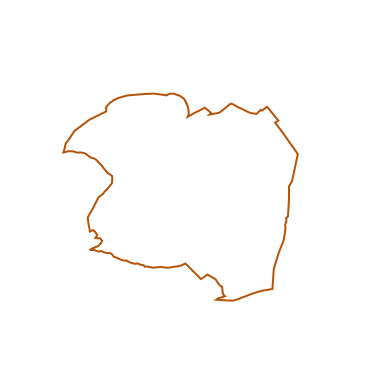 the district of Aquila, Veracruz, Mexico, rotated 46°
{"feature_id": "50627088B95158352021258", "entity_name": "Aquila", "entity_type": "district", "adm_level": 2, "iso_a3": "MEX", "parent_name": "Mexico", "parent_adm1": "Veracruz", "projection": "robinson", "projection_center": [-97.327, 18.788], "detail": "fine", "context": "isolated", "style": "outline", "palette": "amber", "viewbox_px": 384, "rotation_deg": 46, "n_neighbors": 0, "source": "geoboundaries", "source_scale": "gbopen_adm2", "svg_char_len": 3554}
<svg xmlns="http://www.w3.org/2000/svg" viewBox="0 0 384 384"><g transform="rotate(46 192 192)"><path d="M180.7,85.4L180.6,91.3L180.6,91.5L179.7,92.1L178.7,92.9L176.7,94.4L175.9,95.0L173.8,95.9L171.5,96.8L169.8,97.4L167.6,98.1L163.0,99.9L160.3,100.7L157.4,101.6L155.8,102.3L155.0,104.2L155.0,105.5L154.8,108.3L154.8,108.8L154.4,113.4L154.2,116.0L153.5,117.7L153.1,118.7L151.3,121.4L148.5,125.6L148.5,124.9L148.7,124.2L148.8,123.4L146.3,123.5L143.1,123.9L140.2,124.4L138.5,130.5L138.3,130.9L137.1,134.4L134.9,142.9L133.7,140.3L129.6,136.8L129.5,136.7L126.0,135.0L120.9,133.3L120.1,133.0L114.9,133.7L108.0,137.2L105.6,140.3L104.7,143.3L102.1,145.2L94.7,151.1L88.3,158.3L85.9,161.3L81.8,166.3L77.6,171.5L73.6,178.9L71.5,184.6L71.4,185.5L70.8,190.0L71.4,195.4L72.9,196.0L74.4,197.8L71.1,208.3L68.8,215.4L68.7,215.7L68.2,219.9L67.8,223.4L67.3,227.3L66.8,230.8L66.4,233.9L66.7,235.3L67.7,239.9L68.6,244.2L69.0,246.0L69.2,247.5L69.4,249.1L71.0,251.6L71.3,252.0L74.3,257.0L75.7,254.6L76.5,252.9L77.8,251.6L78.2,251.2L79.0,250.3L79.9,249.6L80.5,249.2L81.3,248.5L82.3,248.3L83.8,247.2L85.0,246.1L85.9,244.9L86.4,244.5L89.0,242.6L91.0,241.8L93.8,241.4L96.9,240.9L99.6,239.3L101.1,238.7L103.1,238.5L105.7,238.6L108.0,238.6L109.6,238.5L110.6,238.6L111.1,238.7L113.3,239.0L115.8,239.2L117.9,239.4L119.8,239.5L122.2,238.8L124.7,238.4L125.1,238.4L126.9,240.0L127.6,240.6L128.6,241.9L129.7,243.1L130.0,243.4L130.5,246.7L130.8,249.1L131.0,250.5L131.1,252.3L131.0,254.8L131.6,257.4L131.1,259.8L131.1,263.5L131.1,263.8L133.4,270.3L134.7,273.8L136.9,281.4L137.9,284.6L139.7,286.2L141.6,287.4L142.7,288.3L144.5,289.6L145.2,290.0L147.1,291.1L149.5,292.9L150.7,289.5L153.1,289.4L157.0,289.9L157.2,290.6L158.0,293.4L158.5,293.0L160.8,291.0L161.5,290.2L164.7,290.6L165.2,292.2L165.4,292.6L165.5,293.3L165.6,294.6L165.7,295.7L165.6,297.6L164.3,300.4L163.4,303.0L163.2,303.5L162.8,305.2L163.1,305.2L164.3,304.2L165.7,302.8L165.9,302.5L166.4,302.2L168.4,301.4L169.6,300.8L170.2,300.3L170.5,299.8L170.9,299.0L171.6,298.1L172.3,298.0L174.3,297.3L175.4,296.6L178.1,294.3L178.9,293.7L179.2,293.4L179.5,293.2L180.3,293.0L180.5,292.9L181.7,292.8L182.9,293.1L183.0,293.1L183.3,293.1L183.7,293.2L184.5,293.2L187.2,291.6L188.4,291.4L191.9,289.9L192.8,289.5L193.9,288.7L195.7,286.8L196.5,286.4L197.3,286.4L197.7,286.2L198.6,285.9L200.4,285.0L201.4,284.6L202.8,283.7L204.0,283.0L205.0,281.4L205.7,280.7L208.6,279.5L211.1,277.7L212.9,277.9L214.3,276.2L216.8,274.4L218.7,273.1L220.7,271.0L222.1,269.2L224.5,266.2L227.4,264.0L228.6,263.1L230.2,261.3L231.1,260.3L232.3,258.1L234.6,255.2L235.0,254.8L237.1,251.3L238.9,246.4L244.3,246.3L246.4,246.3L248.5,246.3L250.7,246.2L253.9,246.2L260.8,246.1L262.2,238.2L262.7,238.1L269.9,236.0L270.7,235.8L271.2,235.7L275.2,236.5L277.9,236.9L279.0,236.7L281.1,236.2L283.4,238.0L283.5,238.1L284.2,238.6L286.6,240.5L288.7,240.8L289.9,240.7L288.6,243.4L286.8,246.8L286.3,249.3L292.0,244.3L295.6,240.9L296.5,240.1L298.7,237.9L301.3,232.9L302.6,229.5L305.5,222.9L306.5,220.4L307.7,218.0L309.2,214.7L309.6,214.0L310.9,211.7L311.9,209.8L312.8,208.5L314.6,206.1L317.6,201.5L304.9,187.4L303.9,186.3L297.4,174.4L296.3,172.5L293.4,166.1L293.0,165.3L290.6,159.9L288.5,157.1L287.6,155.9L285.2,152.7L283.4,150.4L282.8,149.7L280.8,148.3L280.2,147.5L279.5,146.6L279.4,145.9L279.3,145.4L277.6,143.3L276.6,142.7L276.2,142.6L276.2,140.0L275.7,139.4L275.1,138.7L268.0,130.9L264.3,127.0L259.6,122.4L255.5,118.6L253.5,112.2L247.9,103.9L238.2,89.5L212.0,85.5L199.9,84.0L200.5,80.3L198.6,80.1L182.9,78.8L182.0,85.2L180.7,85.4Z" fill="none" stroke="#b45309" stroke-width="2"/></g></svg>